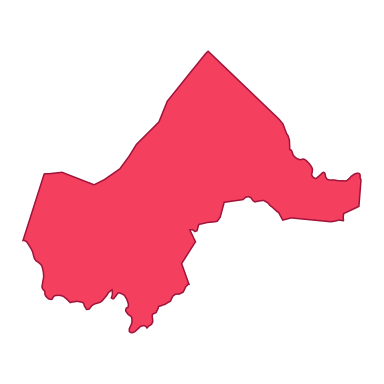 the district of Pelouze, Praslin, Saint Lucia
{"feature_id": "8701671B45915520468586", "entity_name": "Pelouze", "entity_type": "district", "adm_level": 2, "iso_a3": "LCA", "parent_name": "Saint Lucia", "parent_adm1": "Praslin", "projection": "natural_earth1", "projection_center": [-60.921, 13.879], "detail": "fine", "context": "isolated", "style": "filled", "palette": "rose", "viewbox_px": 384, "rotation_deg": 0, "n_neighbors": 0, "source": "geoboundaries", "source_scale": "gbopen_adm2", "svg_char_len": 5568}
<svg xmlns="http://www.w3.org/2000/svg" viewBox="0 0 384 384"><path d="M188.9,284.1L181.6,263.6L195.3,242.0L195.5,241.9L189.8,229.9L192.5,229.7L195.0,231.6L197.0,230.7L197.8,227.8L198.8,224.4L202.3,223.7L207.2,222.5L214.6,221.8L217.3,221.2L220.2,217.2L224.2,202.3L243.0,199.6L245.5,197.3L248.4,196.6L250.8,197.7L253.1,200.7L254.9,201.9L258.4,201.1L263.6,200.4L268.0,203.0L269.8,205.3L272.3,207.2L277.2,211.7L278.6,212.4L282.7,220.1L291.2,217.9L330.1,221.7L332.3,221.6L336.7,220.7L338.8,220.0L342.4,220.6L343.4,220.7L343.5,220.4L343.2,216.7L343.7,213.6L358.9,206.4L361.0,179.9L360.7,179.2L360.3,178.4L360.1,177.3L360.1,176.1L360.1,174.7L359.5,173.8L358.5,173.3L357.5,173.2L356.4,173.4L355.4,173.7L354.4,174.1L353.4,174.7L352.6,175.5L351.6,176.0L350.8,176.8L350.0,177.7L349.2,178.5L348.3,179.3L347.5,180.1L346.6,180.7L345.5,180.9L344.4,180.9L343.4,180.8L342.3,180.7L341.2,180.8L340.1,180.8L339.0,180.8L337.9,180.6L336.9,180.5L335.8,180.3L334.7,180.1L333.7,180.0L332.6,179.9L331.5,180.0L330.4,180.0L329.3,180.0L328.3,179.7L327.3,179.2L326.4,178.4L325.9,177.4L325.5,176.2L325.3,175.0L325.0,173.8L324.5,172.7L324.2,172.7L323.5,172.3L322.5,172.7L321.7,173.5L320.8,174.4L320.0,175.1L319.2,175.9L318.6,176.4L318.3,176.6L317.4,177.4L316.9,177.9L316.5,178.2L315.5,178.5L314.5,178.1L313.5,177.5L312.7,176.7L312.0,175.7L311.6,174.6L311.9,173.4L312.2,172.2L312.3,171.0L312.5,169.8L312.3,168.6L311.8,167.4L311.2,166.4L310.6,165.4L309.9,164.5L309.2,163.6L308.4,162.7L307.5,161.8L306.7,161.0L305.8,160.3L304.9,159.6L303.9,159.1L302.9,159.0L301.8,159.4L300.8,159.7L299.7,159.6L298.6,159.2L297.6,158.9L296.6,158.4L295.7,157.6L294.8,156.9L294.0,156.1L293.3,155.2L292.8,154.1L292.5,152.9L292.1,151.8L291.5,150.7L290.8,149.8L289.7,149.5L289.7,146.4L289.4,140.0L288.0,135.7L286.8,134.0L285.2,130.0L283.0,124.1L279.2,119.4L208.2,51.3L206.8,52.4L205.1,54.2L197.6,63.6L191.6,70.9L176.9,89.3L167.3,101.2L158.9,122.0L136.5,144.3L129.0,156.4L119.8,168.9L104.4,179.6L94.1,184.8L62.0,172.3L49.4,173.7L44.6,173.8L44.1,174.2L23.0,240.5L23.7,240.4L23.9,240.5L24.1,240.5L24.3,240.5L24.5,240.6L25.1,240.9L25.3,241.0L25.6,241.1L25.8,241.2L26.0,241.3L26.4,241.6L26.7,241.9L27.1,242.4L27.2,242.6L27.4,242.8L27.5,243.1L27.9,243.6L28.3,244.2L28.8,245.0L29.4,246.0L29.8,246.6L30.0,247.0L30.3,247.5L30.6,247.9L30.8,248.3L31.3,249.2L31.5,249.4L31.7,249.8L31.7,250.0L31.9,250.3L32.2,250.9L32.3,251.1L32.3,251.4L32.5,251.6L32.5,251.8L32.6,252.0L32.7,252.3L32.8,252.5L32.9,252.9L33.2,254.0L33.3,254.5L33.3,254.8L33.4,255.2L33.5,255.4L33.6,255.7L33.6,255.9L33.8,256.6L33.9,256.9L34.0,257.1L34.1,257.5L34.2,257.9L34.3,258.1L34.4,258.3L34.5,258.5L34.8,259.1L34.9,259.3L35.1,259.5L35.4,259.9L35.5,260.1L35.7,260.3L35.8,260.5L36.0,260.8L36.4,261.0L36.7,261.2L36.8,261.3L37.0,261.5L37.3,261.7L37.7,261.9L37.9,262.0L38.4,262.4L38.5,262.5L39.0,262.9L39.3,263.1L39.5,263.3L39.7,263.5L39.8,263.6L40.0,263.7L40.1,263.9L40.5,264.2L40.6,264.4L41.0,264.8L41.4,265.3L41.5,265.5L41.7,265.9L42.0,266.5L42.2,267.0L42.3,267.4L42.3,267.6L42.4,267.8L42.5,268.2L42.5,268.5L42.6,268.8L42.8,269.3L42.9,269.9L43.0,270.1L43.0,270.3L43.1,270.6L43.1,270.9L43.1,271.2L43.2,271.5L43.3,272.0L43.4,272.4L43.4,272.9L43.5,273.4L43.5,274.2L43.5,274.4L43.6,275.6L43.6,275.9L43.6,277.0L43.6,277.3L43.6,277.6L43.5,277.9L43.5,278.1L43.5,278.3L43.4,278.5L43.3,278.9L43.1,280.1L43.0,280.6L42.9,280.8L42.9,281.0L42.8,281.6L42.8,281.8L42.7,282.1L42.7,282.4L42.7,282.7L42.6,283.0L42.5,283.6L42.5,283.8L42.4,284.0L42.4,284.3L42.3,284.7L42.2,284.9L42.2,285.3L42.1,285.7L42.1,285.9L42.0,286.1L42.0,287.1L42.1,287.3L42.2,287.6L42.2,287.8L42.3,288.0L42.4,288.4L42.5,288.5L42.7,288.9L42.8,289.1L42.9,289.3L43.0,289.4L43.2,289.6L43.5,289.9L43.6,290.0L43.8,290.2L43.9,290.3L44.1,290.5L44.4,290.9L44.4,291.1L44.6,291.3L44.6,291.5L44.8,291.9L44.8,292.1L44.9,292.3L44.9,293.4L44.9,293.7L45.0,293.9L45.0,294.2L45.0,294.4L45.1,294.6L45.1,294.8L45.2,295.0L45.3,295.2L45.4,295.4L45.6,295.7L45.7,295.9L45.8,296.1L46.0,296.3L46.0,296.5L46.3,296.7L46.4,296.8L46.6,297.0L46.8,297.1L46.9,297.3L47.2,297.6L47.3,297.8L47.7,298.1L47.9,298.3L48.2,298.5L48.4,298.6L48.5,298.8L48.9,298.9L49.0,299.0L49.4,299.1L49.8,299.2L50.0,299.3L50.4,299.3L50.7,299.4L50.9,299.4L51.1,299.4L51.7,299.4L51.9,299.3L52.0,299.2L52.5,298.5L52.6,298.3L52.7,298.0L52.8,297.8L52.9,297.6L53.0,297.3L53.3,296.9L53.5,296.7L53.7,296.4L53.9,296.2L54.1,296.2L54.5,295.9L54.8,295.8L55.4,295.6L55.6,295.5L55.9,295.5L56.0,295.5L56.4,295.5L56.6,295.4L58.9,295.4L59.2,295.4L59.6,295.4L59.9,295.4L60.1,295.5L60.5,295.5L60.8,295.5L61.0,295.6L61.3,295.7L61.5,295.8L61.9,295.9L62.1,296.0L62.4,296.0L62.6,296.1L62.8,296.2L63.1,296.3L63.4,296.4L63.8,296.7L64.0,296.9L66.0,298.5L67.3,299.6L70.2,302.6L72.6,302.0L77.6,301.3L79.6,301.8L82.1,302.2L83.7,303.3L84.4,306.0L86.6,309.5L89.3,309.0L91.6,305.9L94.0,304.2L95.5,303.7L99.9,302.4L102.1,300.9L106.6,295.6L108.5,292.5L112.0,289.8L112.3,291.6L112.4,294.5L111.3,298.0L112.6,298.7L113.7,298.7L114.5,297.5L116.0,295.8L117.9,293.1L119.6,292.9L122.6,294.2L124.5,295.4L126.7,299.1L128.4,304.0L128.2,307.1L126.2,308.2L125.6,310.1L125.9,311.4L128.2,314.5L129.9,315.6L131.7,317.2L132.0,321.6L131.5,324.0L129.3,328.7L129.3,331.5L131.0,332.7L132.7,332.6L134.6,331.8L135.7,330.9L138.7,328.2L140.6,326.3L143.8,325.6L145.7,326.2L147.0,328.0L148.5,326.3L151.5,324.3L152.8,321.8L152.7,320.8L152.6,319.1L152.1,315.8L152.8,314.0L156.0,312.7L158.2,308.3L158.6,306.4L161.4,305.7L163.1,304.8L164.6,304.6L168.4,302.2L170.4,301.3L172.7,296.3L175.5,294.1L179.2,294.1L183.2,292.1L184.9,288.6L185.8,286.6L188.2,284.4L188.2,283.9L188.9,284.1Z" fill="#f43f5e" stroke="#9f1239" stroke-width="1.5"/></svg>